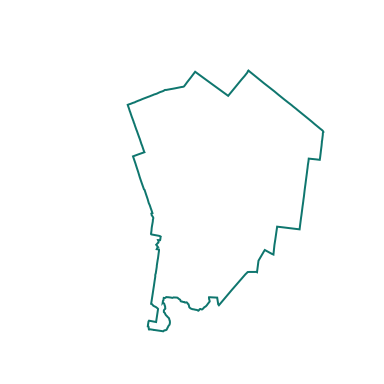 Toporu, Giurgiu, Romania, rotated 221°
{"feature_id": "2599482B93697882069712", "entity_name": "Toporu", "entity_type": "district", "adm_level": 2, "iso_a3": "ROU", "parent_name": "Romania", "parent_adm1": "Giurgiu", "projection": "albers", "projection_center": [25.652, 44.005], "detail": "fine", "context": "isolated", "style": "outline", "palette": "teal", "viewbox_px": 384, "rotation_deg": 221, "n_neighbors": 0, "source": "geoboundaries", "source_scale": "gbopen_adm2", "svg_char_len": 5726}
<svg xmlns="http://www.w3.org/2000/svg" viewBox="0 0 384 384"><g transform="rotate(221 192 192)"><path d="M203.7,321.6L209.1,321.3L218.7,321.0L224.5,320.8L227.0,320.7L229.1,320.7L229.1,320.0L229.1,319.9L228.7,318.7L228.6,318.3L228.5,315.7L228.4,314.3L228.4,309.1L228.1,299.3L227.8,288.3L238.2,287.4L248.3,286.5L268.5,284.8L268.0,277.6L267.9,275.7L267.8,273.6L267.7,271.6L267.5,269.5L267.3,266.8L267.3,266.5L267.4,266.2L267.5,266.0L267.7,265.7L267.9,265.3L268.6,264.6L272.9,259.0L274.1,257.5L274.4,257.1L275.0,256.4L276.2,254.9L278.5,252.0L278.8,251.8L279.2,251.4L279.4,251.2L279.5,250.9L279.8,249.8L280.0,249.3L280.6,248.2L281.4,246.9L281.9,245.9L283.1,243.1L284.0,241.6L284.5,240.9L285.2,239.4L286.2,237.5L286.6,236.7L286.7,236.4L287.2,235.6L290.2,230.0L291.0,228.4L291.1,228.1L291.5,227.3L292.3,225.9L293.7,223.1L294.0,222.2L294.2,221.8L294.5,221.4L295.1,220.4L296.0,218.6L297.3,216.4L297.7,215.6L296.9,215.1L294.2,213.6L292.3,212.4L290.6,211.5L289.3,210.7L288.8,210.4L287.9,209.9L286.9,209.3L286.3,209.0L285.2,208.4L284.5,208.0L283.2,207.3L282.1,206.7L281.6,206.3L280.3,205.7L278.7,204.7L276.2,203.3L274.8,202.5L273.4,201.8L271.5,200.7L267.4,198.4L266.4,197.9L261.6,195.0L260.2,194.3L259.6,194.0L259.3,193.8L259.0,193.6L254.7,191.1L254.0,190.8L257.4,184.8L259.9,180.2L254.4,177.0L253.0,176.2L252.4,175.8L249.6,174.1L245.9,171.9L241.0,168.8L238.1,167.1L235.3,165.5L230.0,162.5L229.8,162.5L229.6,162.5L229.2,162.5L225.2,160.1L220.9,157.6L217.4,155.3L215.4,154.4L213.8,153.5L212.5,152.7L211.2,152.0L209.0,150.7L208.0,150.1L208.5,149.1L208.0,148.8L207.6,148.4L207.5,148.2L207.1,148.1L205.5,147.6L205.2,147.5L204.7,147.4L204.4,147.2L204.0,146.8L203.8,146.4L203.6,146.1L203.5,145.8L203.4,145.5L203.2,145.3L203.0,145.0L202.8,144.8L202.7,144.6L202.3,144.1L201.8,143.3L200.6,141.3L199.7,139.8L199.2,139.0L198.6,138.1L197.2,136.2L195.9,134.2L195.5,133.5L195.3,133.4L195.1,133.3L194.9,133.3L193.2,134.3L188.1,137.3L187.8,137.4L187.3,137.6L187.0,137.8L186.9,137.9L186.8,138.0L186.7,138.1L186.7,138.5L186.4,137.9L186.3,137.6L186.2,137.4L186.1,137.2L185.8,136.9L184.6,135.0L184.5,134.7L186.1,133.4L184.7,132.7L184.2,131.9L184.2,131.4L184.4,131.0L184.3,130.8L184.4,128.7L181.5,128.1L181.7,127.7L181.1,125.7L179.2,126.9L178.8,126.5L178.5,126.2L178.3,125.9L178.1,125.6L176.6,123.3L174.6,120.3L173.9,119.2L173.4,118.3L170.3,113.4L169.5,112.4L165.9,106.7L165.8,106.3L165.4,105.5L164.9,104.8L164.7,104.6L164.4,104.3L163.8,103.4L161.9,100.4L159.0,95.9L156.8,92.4L154.7,89.1L150.6,82.6L150.0,81.6L149.5,80.8L148.8,81.1L146.4,80.8L143.7,81.5L141.9,81.6L140.9,81.5L133.8,70.3L140.0,66.7L139.9,65.8L138.4,63.4L137.2,61.6L136.8,61.8L136.7,61.9L136.4,61.8L134.7,60.3L134.3,60.0L134.1,60.1L133.5,60.9L130.5,62.8L130.3,62.8L130.2,62.9L130.0,63.1L123.3,67.4L122.4,67.9L122.3,68.0L122.2,68.3L122.2,69.0L122.1,69.4L122.0,69.5L121.8,69.8L121.6,70.0L121.4,70.2L121.2,70.4L121.0,70.9L121.0,71.1L121.0,71.4L120.9,71.5L121.0,71.8L121.0,72.0L121.1,72.7L121.4,73.4L121.6,74.6L121.7,74.8L121.9,75.6L121.9,76.8L121.9,77.1L122.1,77.5L122.4,78.1L123.1,79.1L123.6,79.6L123.9,79.9L124.2,80.2L124.9,80.5L125.6,81.0L126.2,81.4L126.5,81.6L127.5,81.7L128.5,81.7L129.6,81.9L130.2,81.9L130.5,81.9L131.0,82.0L131.7,82.2L132.2,82.4L132.7,82.7L133.0,82.8L133.5,82.9L133.9,82.9L134.1,82.9L134.4,82.9L134.6,83.1L135.1,83.6L135.4,84.0L135.5,84.2L135.6,84.6L135.7,84.8L135.7,85.9L135.6,86.0L135.6,86.3L135.7,86.5L135.8,86.7L135.9,86.8L136.2,87.0L136.7,87.4L137.1,87.9L137.4,88.1L137.5,88.2L137.9,88.3L138.5,88.7L139.1,89.1L139.4,89.3L139.9,89.5L140.2,89.5L141.0,89.5L141.4,89.3L141.4,89.1L142.5,90.8L142.5,91.0L142.5,91.3L142.6,91.7L142.7,91.8L142.8,91.9L143.1,92.4L143.2,92.5L143.4,92.8L143.8,93.5L143.6,93.6L143.2,94.0L142.8,94.4L142.7,94.6L142.6,94.9L142.5,95.8L141.5,96.5L140.9,97.0L139.8,97.7L139.3,98.1L138.5,98.6L137.4,99.2L136.9,100.0L136.7,100.4L136.3,100.7L134.8,101.9L134.1,102.4L133.6,102.7L133.0,102.7L131.6,102.7L131.3,102.8L130.3,102.9L130.0,102.8L129.5,102.5L129.1,102.3L128.8,102.2L128.4,102.3L128.1,102.4L127.7,102.8L127.4,102.9L126.6,103.2L126.3,103.3L125.7,103.9L125.3,103.9L124.9,103.9L124.6,104.1L124.3,104.4L124.1,104.8L123.8,105.1L123.2,105.3L122.6,105.2L122.3,105.0L121.9,104.9L121.4,104.9L121.1,105.0L120.0,104.4L118.8,103.5L118.3,103.2L117.7,103.2L116.8,103.2L116.0,103.4L115.5,103.6L114.9,103.8L113.5,104.7L112.3,105.3L110.9,106.2L110.6,106.3L109.8,106.4L109.3,106.6L109.2,107.2L109.3,107.9L109.3,108.6L109.1,109.0L108.8,109.3L108.0,109.5L107.4,109.9L107.2,110.5L107.1,112.0L107.1,112.5L107.1,113.2L106.9,113.7L106.6,114.5L106.5,116.3L106.6,117.0L106.8,120.1L106.8,120.9L107.2,121.3L107.8,121.8L108.7,122.3L109.0,122.6L109.9,123.4L110.1,123.7L109.6,124.2L103.7,128.8L98.5,124.4L97.4,124.2L97.7,143.9L97.7,161.3L97.7,165.1L97.5,166.9L97.5,168.0L96.6,169.0L92.1,172.9L91.1,173.9L90.6,174.0L90.3,174.1L96.7,183.7L96.8,184.0L98.8,194.6L99.0,196.0L91.1,197.7L89.5,198.2L95.1,206.2L98.1,211.0L105.0,221.7L99.3,225.6L94.1,229.1L86.3,234.4L88.8,238.1L92.8,244.1L94.2,246.3L96.0,249.0L97.8,251.7L99.2,253.8L100.1,255.2L102.0,258.1L102.9,259.4L104.5,261.9L108.2,267.3L109.8,269.7L111.3,272.0L112.3,273.5L113.9,275.9L117.8,281.8L119.9,284.9L120.4,285.7L121.3,287.0L122.4,288.6L122.9,289.4L124.4,291.8L125.8,293.8L122.9,295.8L122.5,296.1L119.8,298.0L116.7,300.1L117.3,301.1L118.7,303.2L120.8,306.3L121.7,307.6L123.9,310.9L124.5,311.8L125.0,312.5L125.8,313.6L126.7,314.9L126.9,315.0L127.3,315.7L127.9,316.7L130.4,320.4L130.8,321.0L131.6,321.9L132.2,323.0L132.1,323.4L132.3,323.6L133.6,324.0L135.2,324.0L136.7,323.9L144.2,323.7L147.4,323.7L151.5,323.6L154.6,323.5L157.6,323.4L160.3,323.3L166.5,323.1L167.8,323.1L171.8,322.9L173.7,322.9L178.6,322.6L180.8,322.5L182.4,322.4L190.7,322.1L196.0,322.0L203.7,321.6Z" fill="none" stroke="#0f766e" stroke-width="2"/></g></svg>